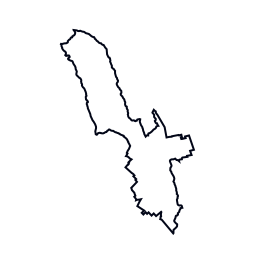 the district of Ruginesti, Vrancea, Romania, rotated 51°
{"feature_id": "2599482B20408246844877", "entity_name": "Ruginesti", "entity_type": "district", "adm_level": 2, "iso_a3": "ROU", "parent_name": "Romania", "parent_adm1": "Vrancea", "projection": "natural_earth1", "projection_center": [27.072, 46.081], "detail": "fine", "context": "isolated", "style": "outline", "palette": "ink", "viewbox_px": 256, "rotation_deg": 51, "n_neighbors": 0, "source": "geoboundaries", "source_scale": "gbopen_adm2", "svg_char_len": 5910}
<svg xmlns="http://www.w3.org/2000/svg" viewBox="0 0 256 256"><g transform="rotate(51 128 128)"><path d="M223.3,137.6L224.2,136.0L222.2,135.2L221.8,135.3L221.5,135.5L220.4,137.0L219.2,137.5L218.5,137.4L215.6,135.8L214.6,135.2L214.3,134.8L213.7,133.5L212.8,133.0L212.7,132.6L212.4,132.0L212.1,131.8L211.4,131.6L209.9,131.6L209.5,131.0L209.1,130.8L208.2,130.3L207.3,130.0L206.6,129.7L205.8,128.9L204.7,128.4L204.0,128.2L202.8,127.6L201.0,127.2L200.1,126.6L198.2,126.4L197.6,125.2L197.1,124.6L196.7,124.0L195.4,123.3L193.9,122.9L190.7,122.5L189.7,122.2L189.3,121.9L187.5,121.8L185.8,120.3L185.6,120.0L185.2,118.7L184.8,118.0L184.1,117.6L180.9,116.6L180.0,116.2L179.7,115.8L179.5,115.2L179.6,114.6L179.8,114.2L179.9,113.7L180.9,112.5L181.5,110.6L183.4,110.4L184.3,109.5L185.8,109.2L185.1,108.9L185.0,107.9L186.2,105.8L185.4,105.2L185.2,104.3L187.8,100.0L186.8,99.6L189.0,95.6L184.8,94.1L186.4,90.5L172.2,85.3L170.5,89.0L172.1,89.6L171.3,90.9L171.5,90.9L170.7,92.6L170.1,93.5L168.4,92.8L168.9,91.8L166.8,90.8L165.6,93.2L165.2,93.2L162.2,98.8L162.4,98.9L162.2,99.6L160.9,101.5L159.6,104.0L150.4,99.0L135.9,96.8L135.3,96.9L134.0,96.8L133.3,96.6L132.6,96.0L131.5,96.4L130.1,96.5L131.3,99.2L131.5,99.4L132.8,99.3L134.2,99.4L135.8,100.7L136.1,100.8L138.4,100.7L139.2,101.4L139.4,102.7L140.0,102.9L141.5,103.2L142.3,103.0L142.7,102.5L143.7,102.9L145.4,103.1L145.0,103.8L144.7,104.9L144.8,105.3L145.4,106.1L145.6,107.2L145.3,109.2L145.4,109.7L145.7,111.7L145.7,113.0L145.6,114.4L145.1,115.4L145.1,115.6L145.4,116.0L146.5,117.0L145.7,117.8L145.6,118.1L145.8,119.7L142.9,119.1L141.8,118.5L139.7,117.9L138.1,117.0L137.4,116.9L136.5,116.4L133.5,116.0L132.6,115.6L131.8,115.4L130.6,114.9L130.0,114.3L129.4,113.5L128.9,113.0L128.3,113.4L127.3,115.4L127.8,116.6L127.5,116.9L127.5,117.7L127.4,117.9L126.8,118.3L126.3,118.3L125.6,118.8L124.8,120.1L124.0,120.4L122.0,120.4L120.6,120.8L119.8,120.7L119.0,120.5L118.0,119.8L117.3,119.6L116.6,118.5L116.1,118.3L115.1,118.0L114.4,117.3L113.8,116.9L113.5,116.8L112.6,116.8L111.9,116.4L111.6,116.4L111.0,115.8L110.6,115.5L109.5,116.0L108.1,115.6L107.2,114.9L106.2,113.9L105.1,113.7L103.4,112.9L101.3,112.9L100.0,112.5L98.6,112.7L97.6,112.7L96.8,112.1L96.5,111.0L95.0,109.9L93.9,109.9L92.9,110.1L92.0,109.6L89.9,109.9L87.3,109.4L86.6,109.0L86.4,108.8L86.0,108.1L85.7,106.8L84.8,105.9L83.3,105.7L82.2,105.1L80.8,105.1L80.3,104.9L77.5,103.7L76.0,102.6L75.5,102.1L74.3,102.1L73.6,101.9L72.4,102.3L71.3,102.3L70.9,102.5L70.4,102.2L69.7,101.5L69.1,101.2L68.2,101.1L66.3,100.4L65.2,100.2L64.9,99.9L64.7,99.5L64.3,99.1L63.5,98.8L62.8,98.3L61.7,98.1L61.4,98.5L60.4,98.6L57.6,97.9L53.3,95.0L51.1,95.1L48.1,94.7L47.8,95.1L47.0,95.5L46.1,95.7L45.3,95.6L44.4,96.4L43.4,96.9L41.5,97.0L41.0,97.3L40.1,97.4L38.9,97.3L37.8,97.6L36.7,97.2L36.0,97.2L35.6,97.7L33.8,98.6L32.0,98.9L30.2,99.3L27.7,101.1L26.0,101.5L25.4,101.8L24.5,102.7L23.0,103.6L22.5,103.8L22.2,104.2L22.0,104.9L21.2,105.8L19.9,106.4L17.6,108.6L17.8,108.7L19.1,108.6L20.4,108.9L20.9,109.2L21.8,110.4L22.0,111.2L22.0,111.9L21.8,112.3L21.9,113.2L21.8,113.5L22.2,114.0L22.4,114.3L21.9,115.1L22.1,116.3L22.5,116.9L22.5,117.7L22.3,118.3L22.5,119.4L22.6,120.1L23.5,120.8L23.6,121.1L23.4,122.2L23.3,122.7L22.5,123.7L21.7,125.2L21.6,125.7L20.9,126.7L19.9,127.6L21.5,127.2L21.8,127.6L22.6,128.2L24.2,128.6L24.4,128.9L24.7,129.0L26.1,129.3L26.5,129.2L27.5,129.2L28.5,129.0L28.7,128.8L30.1,128.7L31.1,129.4L31.5,129.9L31.9,130.9L32.9,130.8L33.5,130.1L33.4,129.6L34.4,128.3L35.3,128.3L35.9,128.5L36.2,128.8L36.2,129.3L36.1,129.7L36.3,129.9L36.2,130.2L36.3,130.8L36.6,131.1L36.9,131.2L37.7,131.1L38.5,130.6L39.3,130.4L40.3,129.6L40.8,129.3L41.4,129.2L43.8,130.0L47.0,130.3L47.5,130.6L48.2,130.8L49.1,131.5L51.8,132.2L52.1,132.5L53.6,134.3L54.7,134.7L56.9,134.4L58.2,134.3L59.4,133.8L60.9,134.0L61.8,134.5L62.2,135.1L63.1,135.5L63.7,136.0L64.5,136.0L65.3,136.3L65.8,136.9L66.1,137.1L68.0,137.4L68.8,137.2L70.0,137.2L73.4,138.2L75.3,139.1L75.7,139.6L76.9,140.0L77.0,140.9L77.6,141.5L79.5,142.7L81.0,142.4L82.3,142.6L82.6,142.9L82.2,143.3L82.7,144.3L82.9,144.5L83.8,145.2L84.6,145.3L85.3,145.8L86.4,146.1L87.6,146.9L88.6,147.1L93.3,148.5L95.4,149.6L96.3,149.8L99.8,150.7L101.3,150.7L104.5,151.2L106.2,151.8L106.8,152.0L108.0,152.9L110.0,155.5L112.6,157.0L113.6,156.5L113.6,156.4L113.3,156.1L113.5,155.7L113.2,154.4L113.8,153.2L114.1,152.8L114.6,152.6L114.8,152.2L115.8,151.6L116.6,150.6L116.6,150.2L116.9,149.6L117.0,148.1L117.5,147.4L117.4,146.6L117.1,145.8L117.3,145.2L117.2,143.7L117.6,143.3L119.0,142.9L119.7,142.5L120.4,141.9L120.9,141.3L122.9,140.7L123.8,140.2L124.1,139.8L125.2,139.4L126.1,138.6L126.7,138.6L127.2,138.2L127.8,138.2L128.0,138.0L128.5,137.9L131.2,136.3L131.7,136.3L131.9,136.7L134.3,136.1L136.4,135.9L137.3,136.3L138.7,136.4L138.9,136.7L139.2,136.8L141.1,137.1L143.3,137.6L143.9,138.7L144.9,140.5L145.5,142.5L146.6,144.6L147.5,144.4L148.6,147.1L148.9,146.7L149.6,146.6L149.9,146.3L151.2,145.9L152.7,145.8L154.6,145.0L154.9,149.0L155.1,149.4L155.8,149.2L156.2,150.4L156.5,150.4L156.6,151.0L156.3,151.1L157.0,154.7L165.4,153.4L166.1,153.1L167.6,152.8L168.5,153.0L168.8,152.9L168.9,154.2L172.8,153.8L172.9,154.9L173.0,155.0L175.5,154.9L175.9,157.6L176.6,163.2L177.4,163.4L178.7,164.0L182.3,163.8L183.1,164.2L185.3,164.9L185.4,166.4L187.8,166.4L188.7,166.6L189.2,167.2L189.5,166.1L190.6,164.5L191.5,162.8L192.6,165.7L194.6,169.9L202.3,167.4L202.6,170.7L204.9,170.5L204.5,167.3L206.7,167.2L206.5,165.1L210.9,164.8L210.6,161.8L214.1,161.6L214.0,155.0L214.3,155.0L214.7,155.4L215.1,156.1L216.6,157.4L217.4,157.7L217.5,157.9L217.4,158.4L218.8,159.8L219.1,160.3L220.5,159.5L238.4,159.2L238.3,158.8L236.9,157.7L235.8,156.6L235.7,154.0L235.4,152.1L235.3,151.8L235.0,151.5L233.8,150.4L233.4,150.4L232.5,150.7L230.6,150.8L229.8,150.8L229.0,150.3L227.7,147.7L226.7,146.5L226.5,146.2L226.5,145.6L226.9,145.1L226.8,144.5L226.8,143.7L225.6,142.9L225.4,141.0L224.4,139.8L223.9,138.3L223.3,137.6Z" fill="none" stroke="#020617" stroke-width="2"/></g></svg>